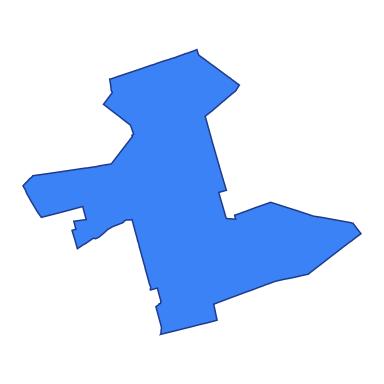 the district of Liebling, Timis, Romania
{"feature_id": "2599482B87528354866966", "entity_name": "Liebling", "entity_type": "district", "adm_level": 2, "iso_a3": "ROU", "parent_name": "Romania", "parent_adm1": "Timis", "projection": "mercator", "projection_center": [21.34, 45.584], "detail": "fine", "context": "isolated", "style": "filled", "palette": "blue", "viewbox_px": 384, "rotation_deg": 0, "n_neighbors": 0, "source": "geoboundaries", "source_scale": "gbopen_adm2", "svg_char_len": 5815}
<svg xmlns="http://www.w3.org/2000/svg" viewBox="0 0 384 384"><path d="M192.0,326.6L195.0,325.8L197.2,325.2L204.3,323.5L205.5,323.3L210.4,322.0L211.8,321.6L213.8,321.1L215.6,320.6L217.1,320.2L216.6,318.0L216.1,315.6L215.4,312.2L213.7,304.2L215.6,303.5L219.4,302.0L220.8,301.5L222.9,300.7L230.3,297.9L242.4,293.4L244.2,292.7L244.5,292.6L246.2,292.0L249.5,290.9L252.2,289.9L255.8,288.5L257.9,287.7L259.2,287.2L262.1,286.2L265.3,284.9L270.7,283.0L275.3,281.3L275.8,281.2L279.8,280.3L281.9,279.8L284.6,279.2L288.7,278.5L292.6,277.7L295.2,277.1L298.6,276.4L300.7,275.8L301.6,275.6L304.5,275.0L308.3,274.2L308.6,273.9L309.8,272.9L313.9,269.7L317.4,267.0L322.6,263.0L327.1,259.5L331.3,256.2L335.8,252.8L342.2,247.8L346.4,244.6L349.1,242.5L349.9,242.0L351.8,240.7L353.0,239.7L356.4,237.1L361.0,233.7L356.3,227.7L353.3,223.7L353.1,223.3L350.9,222.7L346.5,221.9L342.8,221.2L338.3,220.4L335.0,219.8L326.2,218.2L321.8,217.4L318.4,216.9L315.9,216.5L313.3,216.1L308.6,214.5L302.5,212.5L299.5,211.5L297.5,210.8L292.7,209.3L285.0,206.9L275.4,203.8L270.7,202.3L269.4,202.7L268.4,203.1L263.4,204.9L261.5,205.5L259.4,206.3L258.9,206.5L258.5,206.5L256.4,207.3L255.7,207.5L254.6,207.9L253.5,208.4L251.0,209.3L248.9,210.1L248.4,210.3L248.0,210.4L248.0,210.5L247.6,210.7L246.4,211.1L245.1,211.5L243.4,212.1L239.4,213.6L237.7,214.2L234.6,215.2L235.6,219.2L234.0,219.1L230.2,218.8L226.3,218.5L225.7,216.7L225.2,214.9L223.8,210.0L222.6,205.8L221.3,201.4L220.1,197.3L218.9,192.8L218.8,192.4L220.0,192.1L222.0,191.5L223.5,191.1L226.4,190.3L225.7,188.0L225.0,185.7L224.8,184.9L224.1,182.7L223.9,182.1L223.3,180.0L223.1,179.2L222.5,177.4L221.9,175.1L221.4,173.7L221.1,172.6L220.8,171.6L220.6,170.9L220.0,168.8L219.1,165.7L219.1,165.3L218.2,162.5L217.8,161.2L217.4,159.6L216.6,156.9L216.1,155.3L215.8,154.1L215.2,152.0L214.2,148.5L213.6,146.5L213.4,145.8L213.0,144.5L212.7,143.4L212.2,141.6L211.9,140.6L211.3,138.2L209.9,133.2L209.0,130.0L208.8,129.2L208.7,128.9L208.3,127.5L207.9,126.1L207.5,124.5L207.2,123.4L206.8,122.0L205.9,118.8L205.3,116.4L205.2,116.3L206.6,115.1L207.4,114.5L207.8,114.2L208.8,113.4L210.2,112.3L210.9,111.8L211.6,111.2L212.0,110.9L212.5,110.5L213.2,109.9L213.9,109.3L214.3,108.9L216.0,107.5L217.2,106.5L219.8,104.2L220.7,103.4L223.2,101.3L224.0,100.7L225.5,99.4L226.5,98.5L227.2,97.9L230.2,95.4L231.0,94.7L232.2,93.7L233.0,93.1L233.6,92.6L234.3,92.0L234.8,91.6L235.4,91.1L235.7,90.8L235.8,90.7L236.0,90.5L236.9,89.0L237.2,88.4L237.5,88.0L238.1,87.1L238.6,86.3L238.9,85.8L239.1,85.3L239.2,85.1L239.3,85.0L239.0,84.8L238.4,84.3L237.8,84.0L237.4,83.7L237.0,83.4L236.6,83.1L236.2,82.7L234.9,81.7L234.4,81.3L234.2,81.2L233.5,80.7L233.1,80.4L232.7,80.2L232.2,79.8L231.6,79.4L231.1,78.9L230.3,78.2L229.8,77.8L229.2,77.6L228.9,77.4L228.5,77.2L228.3,77.0L228.1,76.8L227.8,76.5L227.3,76.1L226.3,75.4L224.7,74.2L224.0,73.7L223.2,73.1L221.2,71.6L219.9,70.6L219.2,70.2L215.9,67.7L214.8,66.9L214.2,66.4L213.3,65.8L212.6,65.3L211.8,64.7L211.5,64.5L211.2,64.3L210.6,63.9L210.1,63.6L209.5,63.0L209.2,62.8L208.5,62.2L207.2,61.4L206.8,61.1L206.6,60.9L206.3,60.6L206.1,60.4L205.0,59.6L204.4,59.2L203.6,58.6L202.7,58.0L202.2,57.6L200.7,56.6L200.0,56.0L199.3,55.6L198.8,55.1L198.2,53.7L197.9,52.8L197.0,49.9L196.9,49.6L196.0,49.9L195.2,50.3L194.3,50.6L193.8,50.8L193.4,51.0L193.1,51.1L192.6,51.3L192.0,51.5L190.5,52.0L189.7,52.3L189.2,52.5L187.8,53.0L186.9,53.3L186.1,53.5L185.9,53.5L185.1,53.7L184.4,54.0L184.2,54.1L183.8,54.3L183.6,54.4L181.9,55.0L181.4,55.2L181.0,55.3L180.5,55.5L180.1,55.6L179.7,55.8L179.2,55.9L178.7,56.1L178.1,56.4L177.4,56.6L177.0,56.8L176.6,56.9L176.3,57.1L176.0,57.1L175.8,57.2L175.7,57.3L175.4,57.4L174.9,57.6L174.2,57.8L173.7,57.9L172.4,58.3L169.1,59.4L167.0,60.1L165.0,60.6L163.8,60.9L163.3,61.1L161.8,61.7L161.5,61.8L160.6,62.1L159.3,62.5L158.7,62.7L158.1,62.9L157.8,63.0L157.1,63.3L156.6,63.4L156.3,63.6L155.4,63.9L154.7,64.2L154.0,64.4L153.1,64.8L152.5,64.9L151.9,65.1L151.0,65.3L150.4,65.4L149.8,65.7L149.2,65.9L148.6,66.1L148.1,66.3L146.8,66.8L144.5,67.5L141.7,68.6L140.3,69.0L137.5,70.0L136.4,70.3L134.4,71.0L132.6,71.6L130.2,72.4L129.0,72.8L126.8,73.5L125.3,74.0L123.0,74.8L121.5,75.3L119.6,75.9L118.1,76.4L111.4,78.8L110.0,79.1L109.7,79.1L110.6,84.9L111.2,89.9L111.3,90.7L111.4,91.1L111.6,91.4L112.3,92.0L112.2,92.6L111.6,93.5L103.6,104.2L103.5,104.3L113.0,111.7L117.7,115.2L125.4,121.3L130.5,125.2L133.7,134.3L132.0,135.1L131.9,135.3L132.2,136.8L125.2,145.8L111.3,163.9L97.9,166.1L97.4,166.5L93.2,167.0L86.4,168.1L85.7,168.0L81.7,168.6L73.7,169.8L63.6,171.3L49.9,173.3L43.7,174.2L32.8,175.7L32.2,176.6L31.6,177.2L30.9,178.0L30.1,178.4L29.6,178.7L27.6,181.1L25.6,183.0L23.0,185.8L23.5,186.7L24.3,188.2L25.4,189.9L26.2,192.1L26.9,193.8L28.1,195.8L31.3,201.7L32.1,202.9L37.6,212.2L41.4,217.4L44.0,216.7L53.0,214.4L58.8,212.9L69.1,210.2L82.7,206.5L86.2,219.6L73.8,221.2L75.5,227.7L75.9,229.2L72.0,230.4L74.9,239.8L75.8,243.0L77.4,248.7L83.7,244.5L84.0,244.3L84.7,244.1L86.4,243.0L93.5,238.1L94.9,238.7L95.4,238.7L96.8,238.3L97.6,237.8L99.5,236.7L103.6,233.3L107.3,229.9L108.0,229.3L110.4,228.0L112.2,226.9L119.2,224.1L122.9,222.7L123.6,222.0L124.2,221.1L125.2,220.6L126.6,219.9L128.1,220.0L129.3,220.0L130.1,220.0L130.9,219.8L132.0,219.5L134.3,228.0L135.4,232.2L136.9,237.4L137.6,240.5L137.6,240.9L138.0,241.6L138.4,243.0L138.8,244.2L139.1,245.1L139.1,246.1L140.5,251.0L143.9,263.5L144.8,266.6L145.1,268.2L147.2,275.7L148.8,281.6L149.8,285.2L150.5,286.2L150.7,287.4L150.3,289.5L150.4,290.0L157.4,288.1L158.0,290.5L158.8,293.5L160.1,298.4L160.6,300.0L161.1,300.9L160.8,301.2L160.7,301.7L160.8,302.6L160.5,303.5L159.9,303.6L159.5,303.7L159.1,303.8L158.9,304.2L158.6,305.0L158.2,305.2L157.6,305.4L157.1,305.7L156.7,306.1L156.3,306.6L155.9,306.7L159.0,318.2L160.8,324.7L161.5,327.9L161.4,328.7L161.3,329.0L161.1,330.4L160.9,333.7L160.5,334.4L192.0,326.6Z" fill="#3b82f6" stroke="#1e3a8a" stroke-width="1.5"/></svg>